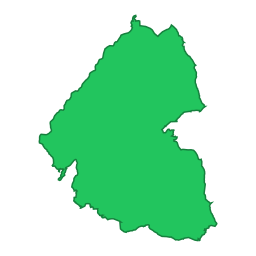 outline of Obarsia-Closani, Mehedinti, Romania
{"feature_id": "2599482B76871015432444", "entity_name": "Obarsia-Closani", "entity_type": "district", "adm_level": 2, "iso_a3": "ROU", "parent_name": "Romania", "parent_adm1": "Mehedinti", "projection": "mercator", "projection_center": [22.671, 45.057], "detail": "fine", "context": "isolated", "style": "filled", "palette": "green", "viewbox_px": 256, "rotation_deg": 0, "n_neighbors": 0, "source": "geoboundaries", "source_scale": "gbopen_adm2", "svg_char_len": 5805}
<svg xmlns="http://www.w3.org/2000/svg" viewBox="0 0 256 256"><path d="M211.6,202.8L210.1,203.2L209.5,202.8L208.8,201.8L207.7,201.3L206.6,200.0L205.6,199.5L205.4,196.0L204.9,194.6L204.2,194.0L204.1,193.4L205.2,184.6L205.1,183.8L204.3,182.6L204.3,181.1L204.4,180.8L204.2,178.8L204.4,178.2L204.4,174.8L204.7,174.0L204.6,171.6L204.0,169.4L202.4,166.7L201.9,166.4L201.7,165.8L201.8,161.7L201.1,159.3L200.5,159.7L198.5,159.3L197.3,155.3L195.5,152.3L193.6,150.3L191.1,149.8L188.1,149.9L183.1,149.4L182.0,149.5L181.0,149.9L178.4,146.6L177.2,142.7L176.3,141.7L174.0,141.2L173.9,139.7L175.5,139.6L176.7,138.5L177.1,137.1L176.0,137.0L175.2,136.3L174.6,136.8L171.7,136.0L173.4,134.7L173.0,133.5L173.3,132.5L173.1,131.7L173.9,130.3L173.8,130.0L171.3,130.1L170.2,130.7L169.6,130.2L169.0,129.2L167.9,129.4L166.8,130.8L165.6,132.7L163.4,132.7L162.8,130.9L161.8,129.6L163.3,128.4L164.8,126.6L164.8,126.1L165.1,125.9L165.8,126.4L166.5,125.3L170.7,121.7L176.9,121.5L177.0,121.2L175.9,120.6L178.0,118.2L179.3,117.1L181.4,114.4L182.9,113.6L183.2,112.7L184.4,112.1L189.4,111.4L190.9,111.6L190.9,111.0L191.9,110.6L194.1,110.6L196.2,110.3L199.3,110.5L199.5,111.6L200.5,111.2L203.3,107.9L205.2,106.5L204.7,106.5L204.0,105.4L204.1,104.9L201.9,103.1L200.0,98.6L199.4,98.0L199.5,95.6L199.0,94.5L199.0,93.6L198.7,92.9L198.4,91.2L197.6,89.4L197.6,88.8L196.7,87.7L196.8,87.2L196.4,86.6L196.0,84.4L195.3,82.9L195.3,79.5L196.5,76.8L196.2,75.3L196.4,72.8L196.1,71.9L195.3,70.6L195.2,69.8L194.3,68.6L194.1,67.6L194.8,65.7L195.7,65.2L194.6,64.3L192.4,60.1L191.1,58.6L189.8,56.5L188.0,55.6L187.0,54.2L186.5,54.0L185.4,51.7L184.6,51.0L184.7,50.5L184.1,49.0L184.0,46.5L183.3,46.6L182.3,45.1L183.0,44.1L183.4,42.4L184.1,42.4L183.5,41.9L182.1,39.5L182.7,39.1L182.0,37.3L181.1,37.0L179.8,35.8L178.8,35.8L178.0,32.5L177.1,31.2L176.5,29.6L173.5,26.6L171.4,25.0L170.7,26.7L169.2,28.6L167.9,29.3L166.9,29.5L162.5,31.8L159.2,34.8L157.9,36.4L154.4,33.5L152.3,30.0L150.4,28.5L145.7,26.5L139.9,25.7L139.7,21.1L138.7,20.7L135.7,21.0L135.7,20.2L134.6,19.2L134.2,18.2L136.0,16.5L135.7,15.4L134.1,15.9L133.1,17.0L132.7,18.4L132.6,19.9L133.1,21.0L131.7,21.0L131.0,22.9L132.1,25.1L131.2,26.2L132.4,27.5L131.5,29.8L130.1,31.5L128.5,32.8L124.1,33.9L121.1,35.1L120.1,37.3L119.3,38.3L117.3,41.5L116.7,41.9L115.6,41.9L114.6,42.8L113.8,45.1L113.3,45.7L112.8,45.9L109.7,45.7L107.0,47.2L106.5,47.8L105.1,48.7L103.6,53.3L102.8,58.0L101.7,58.9L99.6,59.5L99.2,59.9L97.7,63.6L97.2,64.1L95.8,64.9L95.2,66.7L95.5,69.6L95.1,70.4L93.5,70.9L90.3,72.8L89.5,74.2L89.5,75.4L89.1,76.8L88.6,77.2L87.8,78.6L85.8,80.2L82.5,84.0L82.1,84.9L81.7,86.5L81.3,87.2L79.3,88.6L78.7,89.9L77.6,91.2L75.5,90.9L71.8,93.0L71.3,93.8L71.1,96.8L69.7,99.3L69.1,99.8L66.9,100.5L65.7,102.6L65.4,103.8L64.1,105.7L64.2,108.7L64.0,109.4L63.1,110.2L61.2,109.8L60.5,109.9L59.7,110.3L58.6,112.2L57.2,112.8L54.8,115.6L54.3,116.5L53.6,118.6L53.0,119.4L50.6,121.7L50.3,122.1L50.2,123.3L50.6,126.0L50.6,127.3L51.5,130.1L51.1,131.6L49.9,132.4L49.3,133.2L46.8,134.6L45.9,134.7L41.1,134.3L40.1,135.4L39.6,136.9L39.6,139.7L39.3,141.2L39.5,142.9L41.8,143.8L43.0,144.8L43.0,145.5L44.8,148.2L47.1,150.1L47.1,151.0L48.9,152.6L48.9,153.8L50.2,154.7L51.6,156.5L52.1,156.7L52.9,157.6L53.0,158.4L53.4,159.1L53.6,162.6L53.6,163.5L52.8,164.9L52.3,165.5L52.7,166.2L54.8,166.1L56.8,168.8L58.0,169.3L58.9,169.1L58.6,171.3L59.2,171.7L59.6,170.0L60.6,168.6L62.2,169.4L62.7,168.9L63.8,169.3L61.4,172.4L61.8,173.7L60.9,174.9L60.7,175.6L61.0,176.3L60.1,177.6L59.3,178.0L58.4,179.0L58.4,179.8L59.7,180.4L60.6,180.0L62.8,176.7L64.7,175.3L64.3,173.3L65.3,172.1L66.0,169.4L66.6,168.6L65.6,168.2L65.7,167.7L69.5,165.7L70.4,165.0L74.1,160.3L75.3,159.5L76.1,159.6L76.4,160.2L76.4,161.0L77.2,162.5L77.4,163.1L76.8,164.5L76.3,167.8L77.0,169.7L77.4,170.0L77.4,171.6L77.9,173.2L77.3,175.2L75.8,175.7L74.0,178.3L73.8,180.9L72.4,183.8L71.8,187.0L73.1,188.2L74.1,190.2L74.2,191.0L76.0,190.0L76.9,190.7L76.9,191.6L76.7,191.9L76.1,191.9L76.0,193.3L76.4,193.7L75.9,197.3L74.2,197.4L74.0,198.0L74.3,198.5L73.8,200.8L74.0,201.2L75.6,202.2L75.3,202.6L79.1,205.2L79.5,206.0L80.1,205.8L81.1,206.2L80.5,206.7L80.7,207.7L80.4,208.1L80.6,208.2L84.8,206.1L85.5,204.3L86.1,203.7L88.1,203.6L89.7,203.9L90.2,204.5L90.1,206.0L90.9,206.2L90.9,206.5L90.6,207.2L90.7,207.4L91.7,207.0L92.7,207.0L93.3,207.9L93.4,209.1L97.7,208.8L97.5,209.6L97.9,210.6L97.7,211.2L97.7,212.7L98.3,213.7L99.2,214.4L99.7,215.4L101.6,215.5L102.2,215.1L102.7,215.2L102.3,215.4L102.5,215.9L102.2,216.0L102.1,216.3L101.7,216.3L101.7,215.8L101.3,215.9L101.5,216.6L102.4,217.7L104.1,217.7L104.8,217.0L105.1,217.0L107.8,219.7L109.2,219.1L111.4,218.8L113.5,218.8L120.1,221.4L120.8,222.0L119.9,221.9L120.5,228.9L122.1,230.4L122.9,230.7L123.4,231.4L124.2,231.8L126.2,232.3L127.2,231.4L128.2,231.5L130.4,230.8L132.5,230.7L133.6,230.0L135.0,230.0L135.9,229.5L136.8,228.5L138.9,226.9L141.4,226.1L143.1,226.2L143.4,226.6L144.2,226.2L145.0,226.2L145.1,225.5L145.9,225.1L147.0,225.1L147.3,224.8L148.3,224.8L149.2,225.3L149.0,227.2L150.1,228.8L153.1,230.5L154.2,231.6L157.1,233.1L157.9,234.3L162.0,236.4L166.6,236.6L169.4,237.1L171.6,237.1L172.2,237.9L173.1,238.1L175.6,239.9L176.9,239.7L178.7,240.1L182.2,238.9L183.3,239.1L184.1,238.2L188.6,237.5L194.9,240.1L197.7,240.6L197.9,240.6L198.2,238.7L199.4,239.8L199.5,240.4L199.9,240.2L200.0,238.8L200.5,237.8L201.8,236.1L201.9,235.4L204.3,234.3L204.7,233.2L205.0,232.8L205.7,232.5L205.8,232.1L205.6,231.1L206.0,230.5L206.0,230.1L204.9,230.6L204.5,230.5L204.8,230.1L204.8,229.6L204.6,229.3L204.8,229.0L205.2,229.2L206.0,229.1L207.0,228.4L208.7,228.0L209.1,226.9L208.9,226.3L211.2,225.4L215.0,226.3L216.6,224.2L216.5,223.5L216.7,223.3L215.6,222.0L214.9,220.8L214.5,219.1L213.5,217.2L213.0,216.6L213.0,215.7L212.6,215.3L212.0,213.9L211.1,212.9L210.0,209.0L210.1,207.4L209.5,206.1L210.2,204.2L211.6,202.8Z" fill="#22c55e" stroke="#15803d" stroke-width="1.5"/></svg>